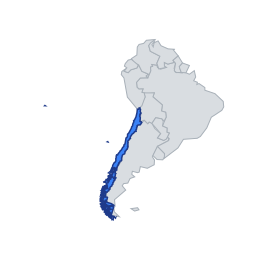 Chile highlighted on a map of South America, rotated 16°
{"feature_id": "CHL", "entity_name": "Chile", "entity_type": "country or territory", "adm_level": 0, "iso_a3": "CHL", "parent_name": "South America", "parent_adm1": "", "projection": "mercator", "projection_center": [-72.304, -36.699], "detail": "fine", "context": "in_parent", "style": "filled", "palette": "blue", "viewbox_px": 256, "rotation_deg": 16, "n_neighbors": 12, "source": "natural_earth", "source_scale": "50m", "svg_char_len": 9794}
<svg xmlns="http://www.w3.org/2000/svg" viewBox="0 0 256 256"><g transform="rotate(16 128 128)"><path d="M136.0,207.7L138.0,212.4L144.2,215.7L136.0,216.4L136.0,207.7ZM161.4,137.5L159.4,149.0L162.3,151.5L163.3,156.1L157.7,161.4L150.5,161.7L150.9,167.3L149.5,168.3L144.1,168.4L144.4,171.5L147.9,173.1L143.9,176.0L143.0,181.0L139.1,182.7L138.4,185.2L142.9,188.3L134.8,200.6L137.1,206.6L128.4,205.3L124.9,195.5L127.4,191.8L130.0,180.2L127.8,172.1L130.9,160.9L130.2,155.4L133.2,148.4L131.6,140.6L133.6,132.9L136.7,128.8L136.5,122.7L139.0,121.5L141.4,116.0L145.8,118.4L146.7,116.4L149.3,116.5L153.9,121.1L161.0,124.4L159.1,129.4L165.8,130.1L169.4,125.3L170.5,128.9L161.4,137.5Z" fill="#d9dde1" stroke="#a8b0b8" stroke-width="1"/><path d="M153.1,204.7L159.2,202.0L161.1,203.6L157.3,206.0L153.1,204.7Z" fill="#d9dde1" stroke="#a8b0b8" stroke-width="1"/><path d="M161.4,137.5L170.2,142.5L171.6,144.3L170.2,149.0L164.6,150.3L159.5,147.6L161.4,137.5Z" fill="#d9dde1" stroke="#a8b0b8" stroke-width="1"/><path d="M171.2,147.2L170.2,142.5L161.4,137.5L170.5,128.9L170.6,126.8L168.3,125.8L169.1,121.5L166.5,121.3L165.6,117.3L160.6,116.6L161.7,107.0L159.9,102.5L155.5,102.4L154.7,96.4L143.4,91.2L143.6,87.0L136.8,89.9L131.5,89.9L131.7,86.3L127.8,87.6L125.4,86.3L123.6,81.7L126.1,76.5L133.1,74.3L134.1,66.9L132.8,63.1L134.6,62.0L133.2,60.4L138.5,59.6L139.6,61.7L143.1,62.5L148.1,59.2L146.0,58.6L144.8,55.0L148.7,55.6L154.2,52.3L155.9,52.7L155.9,58.0L158.1,61.3L165.1,60.1L165.2,58.5L172.2,59.4L175.9,54.6L179.0,60.3L178.1,64.5L182.1,64.9L182.2,67.2L184.0,65.7L190.7,67.9L191.5,70.5L202.1,71.0L212.2,76.2L214.2,81.3L213.3,85.2L205.1,94.7L203.7,106.2L199.9,116.2L197.4,118.8L184.4,123.6L181.5,133.4L171.2,147.2Z" fill="#d9dde1" stroke="#a8b0b8" stroke-width="1"/><path d="M133.9,89.8L143.6,87.0L143.4,91.2L154.7,96.4L155.5,102.4L159.9,102.5L161.7,107.0L160.8,111.4L157.9,109.9L151.8,110.5L149.7,117.0L146.7,116.4L145.8,118.4L141.4,116.0L137.8,118.6L136.4,110.0L133.8,105.5L135.9,93.5L133.9,89.8Z" fill="#d9dde1" stroke="#a8b0b8" stroke-width="1"/><path d="M133.1,74.3L126.1,76.5L123.6,81.7L125.4,86.3L127.8,87.6L131.7,86.3L131.5,89.9L133.9,89.8L135.9,93.5L135.2,102.9L131.9,107.4L118.9,98.5L110.3,81.0L106.8,78.5L106.5,75.3L109.0,72.2L108.7,74.5L112.9,74.8L114.7,71.3L120.0,67.9L121.0,64.5L125.7,69.7L132.7,70.6L131.2,73.0L133.1,74.3Z" fill="#d9dde1" stroke="#a8b0b8" stroke-width="1"/><path d="M140.0,61.4L138.5,59.6L133.2,60.4L134.6,62.0L132.8,63.1L134.1,66.9L133.1,74.3L131.2,73.0L132.7,70.6L125.7,69.7L121.0,64.5L115.7,63.4L112.1,60.4L116.4,55.4L114.6,47.6L115.6,44.6L119.7,42.4L121.5,38.6L129.6,35.5L125.2,43.1L128.3,48.1L138.9,50.2L137.9,57.8L140.0,61.4Z" fill="#d9dde1" stroke="#a8b0b8" stroke-width="1"/><path d="M154.2,52.3L148.7,55.6L144.8,55.0L146.0,58.6L148.1,59.2L141.3,62.7L137.9,57.8L138.9,50.2L128.3,48.1L125.2,43.1L126.1,40.1L128.2,37.3L129.7,37.0L128.0,41.4L129.9,43.1L129.6,38.9L132.9,36.0L137.0,39.8L144.6,40.9L151.5,39.4L149.6,40.1L156.4,44.9L152.6,50.5L154.2,52.3Z" fill="#d9dde1" stroke="#a8b0b8" stroke-width="1"/><path d="M163.9,59.9L159.3,61.4L156.7,60.2L155.9,52.7L152.6,50.5L156.4,44.9L162.5,50.5L160.4,54.9L163.9,59.9Z" fill="#d9dde1" stroke="#a8b0b8" stroke-width="1"/><path d="M168.5,59.0L163.9,59.9L161.4,56.6L160.4,54.9L162.5,50.5L169.8,51.0L168.5,59.0Z" fill="#d9dde1" stroke="#a8b0b8" stroke-width="1"/><path d="M120.4,64.7L120.0,67.9L114.7,71.3L112.9,74.8L108.7,74.5L110.3,70.5L107.5,69.5L107.6,66.8L109.5,62.6L112.4,61.1L120.4,64.7Z" fill="#d9dde1" stroke="#a8b0b8" stroke-width="1"/><path d="M160.1,111.9L160.6,116.6L165.6,117.3L166.5,121.3L169.1,121.5L167.9,128.1L165.8,130.1L159.1,129.4L161.0,124.4L149.7,117.0L151.8,110.5L157.9,109.9L160.1,111.9Z" fill="#d9dde1" stroke="#a8b0b8" stroke-width="1"/><path d="M131.8,107.4L133.0,107.1L133.3,106.5L133.1,105.8L133.9,105.4L134.4,106.4L134.9,106.7L135.2,108.9L136.4,110.1L135.8,110.8L136.1,111.4L135.7,111.7L135.7,112.5L136.3,113.0L136.1,113.7L137.0,114.7L137.7,118.4L139.3,118.4L139.7,118.9L138.9,121.5L136.8,122.4L136.1,123.3L136.5,124.2L136.1,125.0L136.5,126.9L136.1,127.7L136.7,129.0L135.5,129.5L134.7,131.5L133.6,132.8L133.2,134.6L132.7,135.2L132.9,137.2L133.2,137.4L132.9,137.9L132.5,137.9L132.1,139.7L131.6,140.0L131.5,141.2L132.2,142.2L132.0,142.6L132.8,144.8L132.6,145.6L133.2,145.9L133.1,148.5L132.7,148.7L131.9,151.1L131.5,151.3L131.8,152.1L131.9,153.7L130.4,155.0L130.1,155.9L130.1,158.6L130.8,160.9L130.6,161.4L129.6,162.0L129.3,164.0L128.8,164.1L129.0,165.3L128.6,165.7L128.9,166.2L128.3,167.6L128.4,170.2L128.8,171.5L127.9,172.1L127.9,173.1L128.0,174.7L128.8,175.2L128.4,175.5L128.9,177.4L128.6,178.9L130.0,179.0L130.1,179.4L129.9,180.1L128.0,180.1L128.1,180.6L129.1,180.8L129.7,181.6L129.3,182.5L128.8,182.8L129.0,184.0L128.5,184.7L128.9,186.3L128.3,186.9L128.4,188.2L127.4,189.2L127.0,190.5L127.5,191.7L126.8,192.7L126.8,193.7L125.8,194.5L125.6,195.5L124.8,195.5L124.6,196.5L124.7,198.4L125.5,200.6L127.0,200.2L127.4,200.4L127.5,202.7L127.2,203.6L128.3,205.2L132.9,205.3L136.4,206.4L134.6,206.1L133.7,207.0L131.0,208.2L130.5,212.1L129.8,212.5L127.8,211.5L127.2,210.4L128.3,210.0L128.6,210.6L128.4,211.1L128.7,211.0L128.8,210.0L129.8,209.2L130.0,208.4L129.6,208.2L127.5,209.6L126.9,210.9L125.8,210.0L126.5,208.2L127.1,208.4L127.9,207.8L129.3,207.6L126.5,207.3L125.6,209.4L124.4,208.5L125.3,208.0L125.6,207.1L124.5,207.9L123.5,207.7L123.5,206.8L122.9,205.7L124.0,206.2L124.3,205.6L125.3,205.9L126.4,205.1L126.9,206.1L126.5,206.6L127.0,206.3L126.7,205.3L127.0,204.7L126.9,204.2L125.5,203.3L126.8,204.5L124.7,205.5L124.1,204.5L123.1,204.1L123.7,203.9L123.7,202.6L121.7,201.8L121.0,200.4L122.0,200.4L121.8,199.7L122.1,199.3L122.7,199.7L123.3,200.9L124.0,201.4L124.5,200.3L124.4,199.7L123.6,201.0L123.1,200.2L123.1,199.7L123.7,199.8L122.1,198.7L122.8,197.9L123.7,197.9L122.8,197.2L122.9,196.5L124.0,196.6L123.4,195.9L123.7,194.5L123.1,196.2L122.7,195.8L122.8,193.0L123.6,192.6L122.5,192.5L122.2,190.9L125.0,191.4L124.5,190.9L124.2,189.7L123.7,190.7L123.0,190.8L122.1,189.9L122.3,189.4L123.0,189.8L123.3,189.5L122.5,189.0L123.2,188.1L122.9,186.8L122.4,187.1L121.3,186.6L121.3,185.9L120.0,186.5L120.3,187.3L119.6,186.5L121.4,184.7L121.1,183.7L123.2,183.4L123.3,182.5L123.7,182.2L124.0,182.3L123.5,184.3L122.7,184.9L123.6,184.7L123.9,183.6L124.2,183.5L124.2,184.4L123.7,185.9L123.9,186.0L124.5,183.8L124.1,183.2L124.2,182.4L125.3,182.0L126.0,182.3L124.9,181.6L124.9,181.2L126.6,179.5L126.7,179.0L125.3,178.2L125.4,177.3L125.7,177.2L125.9,176.5L125.7,175.5L126.4,174.6L126.2,173.4L126.4,172.9L126.7,172.9L126.4,172.1L126.7,171.9L127.2,172.5L127.0,171.3L126.3,171.0L127.4,170.2L127.5,169.8L126.9,170.4L126.0,169.8L125.3,170.6L124.2,170.5L124.4,170.0L123.9,169.6L123.6,168.2L124.3,165.1L124.9,164.6L125.4,162.9L124.7,160.8L124.8,159.4L124.4,158.4L124.4,157.3L124.5,156.9L125.4,156.8L125.6,155.5L126.8,152.8L126.7,152.3L127.7,150.9L128.2,148.3L129.0,146.9L128.8,145.3L129.5,144.1L128.9,138.6L129.0,137.8L129.6,137.3L129.8,136.0L129.3,134.1L130.1,132.7L131.3,127.3L131.2,125.9L131.8,124.6L131.5,123.0L131.9,120.3L131.4,119.5L132.0,118.5L132.6,115.1L132.4,110.7L131.8,107.4ZM136.0,207.8L135.9,216.4L134.0,216.4L133.4,215.8L131.7,216.2L128.4,215.3L128.7,214.7L130.3,214.7L131.0,214.3L131.2,214.9L132.1,215.1L130.8,213.4L130.8,212.5L131.3,212.3L131.2,211.9L131.6,211.5L131.9,212.9L131.4,213.0L131.6,213.5L132.4,214.5L133.4,214.2L134.5,215.2L135.0,214.6L132.8,213.4L132.5,212.5L132.6,211.9L134.3,210.7L132.0,210.5L131.8,209.4L132.5,208.9L131.9,208.1L133.0,208.4L134.2,207.1L134.7,207.8L136.0,207.8ZM124.1,175.5L122.7,175.2L123.1,174.1L123.5,170.7L124.7,171.0L124.9,171.9L124.7,172.3L124.8,172.8L124.1,173.1L124.9,174.2L124.2,174.9L124.1,175.5ZM122.3,193.6L122.5,196.9L122.2,198.0L121.8,198.0L121.5,197.0L121.9,195.9L121.4,196.3L121.1,197.4L120.0,197.2L120.1,196.6L120.5,196.6L120.6,196.2L120.2,195.7L121.1,195.4L120.8,194.9L121.4,194.3L121.5,193.5L122.3,193.6ZM133.1,216.5L136.4,216.8L136.5,217.1L136.0,217.6L136.8,218.0L137.3,219.6L135.4,218.8L135.4,217.9L134.7,217.6L134.3,218.2L134.7,218.9L134.2,218.7L132.9,217.5L133.1,216.5ZM124.3,178.5L123.6,179.5L124.1,181.7L123.3,181.9L123.4,181.5L122.1,179.7L122.4,179.2L123.3,178.9L123.6,178.1L124.3,178.5ZM124.8,210.7L126.2,211.3L127.1,211.4L127.7,212.2L127.2,213.0L126.2,213.5L126.0,213.2L126.4,212.4L125.8,212.3L125.7,213.0L125.4,212.9L125.2,211.9L123.9,211.2L124.8,210.7ZM128.2,212.5L130.4,213.4L130.5,213.9L130.2,214.4L129.4,213.9L128.3,214.2L127.7,213.2L128.2,212.5ZM139.5,217.6L138.9,218.1L138.6,217.7L137.3,217.8L136.7,216.9L139.2,216.9L139.5,217.6ZM122.3,193.0L121.4,193.1L120.7,191.0L121.7,190.4L122.3,193.0ZM120.9,193.1L119.8,193.6L119.8,193.0L120.1,192.1L120.0,191.2L120.4,191.0L120.9,193.1ZM125.9,180.1L125.0,180.1L124.9,179.7L125.3,178.8L126.4,179.3L125.9,180.1ZM121.7,203.9L121.8,204.6L122.3,205.2L122.0,206.3L121.6,206.3L121.0,204.5L121.7,203.9ZM121.9,208.1L124.4,209.4L125.6,210.5L123.0,209.4L121.9,208.1ZM123.0,182.9L122.0,183.0L122.9,181.4L123.0,182.9ZM129.5,216.5L130.9,216.8L131.8,216.6L132.1,217.4L131.7,217.7L129.5,216.5ZM121.0,193.8L120.4,195.0L119.8,195.1L120.1,194.7L119.9,193.9L121.0,193.8ZM121.6,198.7L120.7,199.3L120.2,199.2L120.5,198.0L121.6,198.4L121.6,198.7ZM122.3,202.6L122.1,203.0L121.2,203.1L120.6,203.9L120.9,202.6L122.3,202.6ZM121.0,199.8L120.3,200.6L120.3,199.7L121.0,199.8ZM124.4,180.3L124.0,179.7L124.1,179.4L124.4,179.6L124.4,180.3ZM123.3,204.8L122.8,204.9L122.5,204.3L123.3,204.8ZM121.5,190.1L120.7,190.1L121.4,190.0L121.5,190.1ZM138.9,219.3L139.0,220.1L138.4,219.8L138.9,219.3ZM124.0,177.1L123.7,177.4L123.2,177.2L123.3,177.1L124.0,177.1ZM138.5,220.3L137.8,220.5L137.8,220.4L138.5,220.3ZM140.8,217.6L140.8,218.0L140.6,217.9L140.8,217.6ZM42.2,129.4L41.8,129.5L41.9,129.3L42.2,129.4ZM112.5,146.9L112.1,146.9L112.3,146.7L112.5,146.9ZM122.0,176.4L121.7,176.4L121.9,176.1L122.0,176.4Z" fill="#3b82f6" stroke="#1e3a8a" stroke-width="1.5"/></g></svg>